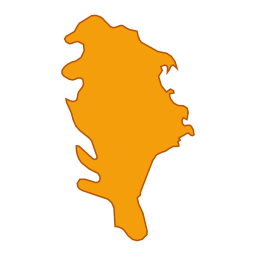 the Province of Siracusa
{"feature_id": "ITA-5414", "entity_name": "Siracusa", "entity_type": "Province", "adm_level": 1, "iso_a3": "ITA", "parent_name": "Italy", "parent_adm1": "", "projection": "mercator", "projection_center": [15.03, 37.033], "detail": "fine", "context": "isolated", "style": "filled", "palette": "amber", "viewbox_px": 256, "rotation_deg": 0, "n_neighbors": 0, "source": "natural_earth", "source_scale": "10m", "svg_char_len": 1829}
<svg xmlns="http://www.w3.org/2000/svg" viewBox="0 0 256 256"><path d="M137.0,31.2L138.0,35.7L139.6,39.9L141.3,42.3L157.8,51.5L166.7,53.3L171.2,56.3L174.9,61.4L177.1,68.5L173.2,64.9L171.0,66.1L169.4,69.6L167.3,72.6L167.7,67.5L166.3,65.3L163.8,65.3L160.8,66.7L162.3,70.4L158.6,76.4L161.3,85.7L166.4,92.0L170.4,89.1L173.8,91.0L173.8,93.0L169.5,93.7L170.1,98.0L173.6,103.0L177.9,105.4L183.6,105.9L187.1,108.1L188.2,112.4L186.9,119.6L183.4,117.7L182.0,120.1L182.4,123.8L184.4,125.7L189.2,125.1L191.3,126.2L193.3,130.0L194.0,134.8L192.2,135.7L189.7,134.5L188.4,132.9L187.1,133.4L178.7,138.1L180.3,140.1L178.2,141.4L177.7,142.0L178.7,144.0L178.7,146.2L173.1,146.5L168.9,148.7L165.3,151.2L161.6,152.3L156.5,154.8L152.6,160.7L140.6,191.7L140.3,195.1L137.3,197.8L138.5,203.7L142.9,213.3L147.1,230.9L146.9,234.6L142.2,239.2L137.3,240.6L132.5,239.4L128.1,235.7L124.7,230.9L122.9,229.1L120.0,227.5L116.7,226.5L115.1,226.6L114.0,207.8L111.6,202.5L107.9,199.2L82.4,190.5L79.7,189.0L77.8,186.7L77.2,183.5L79.9,179.3L85.2,179.3L95.6,182.5L97.7,182.3L99.3,181.1L100.1,179.1L99.8,176.3L98.1,173.4L89.3,169.0L81.6,162.8L79.1,159.3L77.4,155.1L76.4,150.5L76.3,145.8L78.9,146.1L92.9,158.8L94.9,159.5L96.8,158.6L97.0,156.4L91.7,141.0L89.7,138.4L79.9,130.6L75.9,125.9L73.0,119.3L71.5,113.2L66.5,102.1L66.0,98.9L70.3,100.9L72.6,101.4L74.8,101.3L76.7,99.8L77.4,97.4L77.8,94.7L78.6,92.1L82.9,86.2L83.5,83.5L82.8,79.5L80.8,78.0L78.0,78.1L73.6,79.8L72.2,79.9L69.2,79.2L64.0,76.2L62.0,73.6L62.1,70.4L64.6,66.8L68.1,64.0L71.9,62.1L75.7,61.1L81.1,57.4L84.2,50.7L83.5,44.3L77.8,41.5L74.5,42.2L71.9,43.4L69.3,43.7L66.1,41.9L64.6,38.8L66.2,36.3L74.6,31.5L77.5,25.9L79.6,23.1L91.5,15.8L94.2,15.4L96.9,15.7L100.0,16.8L102.2,18.2L110.6,26.8L112.9,27.6L115.3,27.4L120.5,25.5L122.5,25.6L129.0,29.5L137.0,31.2Z" fill="#f59e0b" stroke="#b45309" stroke-width="1.5"/></svg>